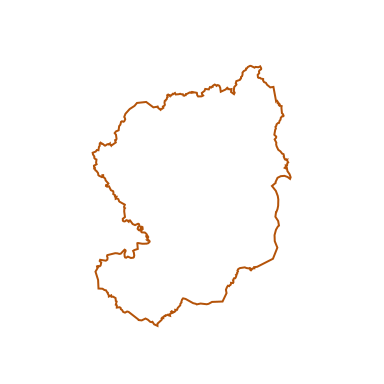 outline of La Huacana, Michoacán, Mexico, rotated 319°
{"feature_id": "50627088B97792110309724", "entity_name": "La Huacana", "entity_type": "district", "adm_level": 2, "iso_a3": "MEX", "parent_name": "Mexico", "parent_adm1": "Michoacán", "projection": "albers", "projection_center": [-101.96, 18.85], "detail": "fine", "context": "isolated", "style": "outline", "palette": "amber", "viewbox_px": 384, "rotation_deg": 319, "n_neighbors": 0, "source": "geoboundaries", "source_scale": "gbopen_adm2", "svg_char_len": 6053}
<svg xmlns="http://www.w3.org/2000/svg" viewBox="0 0 384 384"><g transform="rotate(319 192 192)"><path d="M209.3,295.5L219.9,290.0L222.2,283.4L226.0,278.7L230.6,275.6L234.1,274.4L235.6,274.4L238.0,270.4L238.7,265.4L242.9,261.7L242.4,262.5L245.3,261.0L248.0,258.9L252.2,254.3L254.1,251.3L256.0,246.2L256.3,239.9L261.1,240.0L261.8,239.2L265.9,237.4L269.4,238.3L272.4,240.5L274.0,243.4L274.6,246.4L276.1,245.6L277.3,242.6L277.7,238.9L279.4,236.0L278.3,235.8L277.8,234.6L279.6,234.4L280.2,233.5L280.6,234.1L281.3,234.2L282.8,232.8L284.0,232.8L284.5,230.7L284.3,229.9L284.9,229.8L284.0,229.1L284.2,228.8L283.6,228.5L283.6,228.0L284.4,225.5L284.9,225.4L285.9,223.5L285.2,222.1L285.4,219.4L284.8,216.7L285.9,212.9L286.8,211.2L288.0,210.1L288.9,206.5L291.1,206.2L291.9,205.4L291.7,202.8L295.8,199.5L296.9,199.2L297.7,197.6L298.9,197.4L300.3,196.4L302.2,196.4L303.0,196.9L304.9,195.7L306.2,195.5L307.8,194.2L309.8,194.0L310.3,194.6L311.1,194.6L311.7,193.0L311.6,191.5L314.8,187.0L316.0,186.0L315.3,185.0L315.4,184.4L314.7,184.4L314.6,183.4L315.7,182.6L315.0,181.5L315.7,181.3L316.0,179.1L314.8,179.0L322.4,166.1L319.7,164.4L319.0,160.3L319.4,158.1L318.5,156.3L318.8,154.5L319.8,153.4L318.3,151.4L318.2,150.5L317.2,149.6L317.0,148.8L318.4,146.7L320.7,146.4L321.7,144.9L322.8,144.5L324.7,144.7L325.4,144.0L325.9,141.9L324.0,141.4L321.9,139.2L320.8,139.2L319.2,135.5L318.6,134.9L316.1,134.3L314.4,134.7L313.8,134.3L312.8,135.2L310.3,134.7L308.5,135.0L307.1,136.6L305.8,137.4L304.4,137.4L303.4,138.5L302.4,138.4L301.7,138.8L298.2,137.4L296.3,138.7L296.4,139.2L296.0,140.1L292.7,140.5L289.8,143.2L289.3,145.1L287.9,145.7L287.1,142.1L289.3,140.2L287.8,139.3L287.3,138.0L286.8,138.0L286.9,136.5L284.6,136.7L279.5,135.2L281.7,131.8L282.3,129.7L281.6,128.2L280.1,128.0L280.2,127.0L279.6,125.8L277.4,125.5L276.5,126.2L275.7,125.4L275.0,125.7L274.3,124.6L272.0,125.6L269.6,122.9L267.8,123.9L264.4,123.7L263.8,124.6L263.7,126.5L262.0,126.1L259.3,123.9L259.4,122.5L260.7,120.3L259.2,118.4L257.3,117.2L258.0,116.9L257.6,116.4L255.7,115.7L255.5,115.3L252.7,114.7L251.7,114.1L250.8,114.8L250.1,114.3L249.4,114.3L248.8,113.6L249.2,112.2L248.1,111.3L247.5,110.1L246.3,109.6L243.7,107.7L244.1,106.1L241.9,105.8L241.8,105.3L239.5,105.5L238.9,104.5L238.3,105.0L237.9,102.8L236.7,102.7L235.8,104.4L235.2,104.3L233.7,105.4L232.5,105.3L232.1,105.7L231.2,105.4L229.8,106.6L228.7,108.4L227.9,108.7L226.1,108.4L225.6,109.7L224.0,109.6L223.3,109.0L222.2,109.4L221.7,106.8L222.1,105.1L221.4,105.1L221.2,104.5L218.4,102.8L216.5,94.0L208.9,88.7L205.1,89.3L199.4,88.5L193.1,89.3L190.1,90.9L189.8,92.4L189.3,93.3L187.2,94.2L186.2,93.9L185.6,92.7L184.5,92.5L182.1,94.2L180.2,94.5L177.1,97.3L174.4,96.4L172.3,96.8L172.2,98.9L169.9,102.4L169.1,102.8L168.2,102.5L168.1,103.0L167.6,103.0L167.0,104.6L162.1,104.1L161.8,103.1L161.4,103.5L161.3,102.1L161.0,101.8L161.4,101.5L160.4,101.4L160.4,101.0L159.3,100.4L157.0,100.1L156.6,99.7L156.3,97.5L155.6,96.7L155.8,95.9L155.2,95.4L155.3,94.8L154.3,94.8L152.5,96.7L151.4,96.9L148.8,99.1L147.7,97.9L145.8,98.3L142.8,97.2L141.9,98.7L141.6,101.1L140.6,102.2L140.6,103.5L141.2,104.8L138.7,107.1L138.2,108.5L135.3,107.8L134.5,108.8L134.7,109.7L133.5,110.2L133.9,111.1L133.3,112.3L133.7,113.5L133.5,116.1L132.4,117.8L132.5,118.7L133.7,121.5L134.5,121.5L135.4,120.5L136.0,121.0L134.7,122.6L135.2,123.7L135.2,125.0L134.4,126.6L134.5,130.7L133.1,131.0L131.7,130.4L131.0,131.0L131.4,132.3L133.1,133.3L132.0,137.4L133.0,139.7L132.5,140.7L131.2,141.9L131.8,143.9L130.9,144.8L131.9,145.9L130.6,146.2L129.9,147.1L130.8,147.4L131.5,148.3L131.7,149.2L130.9,151.2L131.0,152.0L133.0,157.5L131.0,158.6L130.6,159.2L130.8,160.2L129.8,160.4L128.0,162.3L125.0,166.9L122.2,166.8L121.0,168.3L121.1,169.1L121.7,169.9L122.6,170.3L124.0,170.2L124.4,170.7L124.7,172.9L125.8,172.3L126.6,172.8L126.2,177.3L127.3,179.6L130.5,180.6L130.9,181.2L130.3,183.0L129.7,183.3L128.7,182.9L126.8,184.1L126.8,185.9L127.2,186.5L128.5,186.3L130.7,185.0L131.3,185.2L131.6,186.0L130.4,187.7L128.5,187.7L127.6,188.6L127.7,189.6L129.8,191.6L130.1,193.6L129.4,197.3L128.9,197.5L129.1,196.3L128.8,195.1L128.5,195.2L128.2,196.0L128.5,196.5L128.0,197.0L127.6,199.4L126.6,198.9L126.7,199.6L127.7,200.3L127.7,201.4L127.2,201.8L125.3,201.9L123.7,201.1L120.5,198.4L117.7,195.0L117.1,194.8L113.7,199.4L110.4,198.0L108.9,197.8L108.4,199.5L106.7,202.1L105.2,203.1L104.5,203.0L102.6,201.7L101.2,198.7L99.2,198.4L98.6,197.5L98.9,196.5L100.5,194.3L103.3,192.9L103.6,192.1L103.3,191.3L97.7,191.8L96.5,191.0L95.4,189.3L93.9,187.8L86.7,184.1L85.8,184.6L85.1,186.3L83.7,187.5L81.9,187.3L78.2,182.9L77.1,183.5L77.2,185.7L74.8,187.5L73.6,187.5L72.6,186.2L71.5,185.8L71.1,186.5L71.3,187.3L66.9,188.8L63.4,196.8L58.1,203.5L61.0,206.3L61.6,208.5L62.6,209.8L62.2,211.6L62.4,212.8L61.8,213.3L61.5,215.2L60.7,216.3L63.2,217.0L62.5,218.3L63.8,219.2L64.7,221.9L63.0,224.3L63.3,225.2L60.5,227.1L60.9,228.2L59.4,229.9L61.8,231.5L62.1,232.6L61.4,233.8L61.8,235.2L61.4,237.4L62.3,239.1L64.6,239.6L65.5,240.9L67.9,253.2L67.7,253.6L69.8,255.9L73.9,257.0L74.9,259.4L75.3,262.6L76.0,263.6L77.0,264.0L76.6,267.0L78.1,270.4L79.6,268.7L85.0,268.6L86.2,268.1L86.2,267.4L87.2,267.3L87.7,268.3L88.5,267.5L90.1,267.5L90.5,268.1L91.4,267.8L91.9,268.4L93.5,268.8L93.5,269.9L94.2,271.0L94.7,270.0L95.7,269.6L97.1,270.1L96.9,269.7L97.7,269.2L97.7,268.7L98.5,268.7L98.9,270.0L100.0,271.0L101.2,271.0L101.9,270.1L102.2,270.7L102.9,270.5L103.5,271.1L105.3,270.1L108.8,269.8L110.0,268.7L111.6,268.5L111.9,267.9L113.9,266.7L115.5,266.4L117.0,268.5L119.9,276.6L121.6,279.0L121.8,279.9L125.3,281.8L129.5,286.4L131.2,287.3L135.0,288.1L143.2,294.7L151.7,291.0L153.5,288.0L155.9,286.8L157.6,286.3L158.3,287.4L158.9,287.1L160.0,287.4L161.6,286.7L161.9,286.2L163.2,287.6L164.2,287.2L164.9,285.8L165.1,286.0L166.4,284.9L167.3,284.7L168.0,285.4L168.9,285.2L170.7,284.2L170.8,283.4L172.6,283.3L173.1,282.5L174.6,282.1L174.8,281.1L176.4,280.5L178.3,280.9L182.4,283.5L183.2,285.1L184.6,286.8L185.8,287.3L186.0,288.3L185.2,288.3L184.9,289.2L185.1,289.8L187.6,289.5L189.0,290.5L189.6,289.5L192.1,291.2L209.3,295.5Z" fill="none" stroke="#b45309" stroke-width="2"/></g></svg>